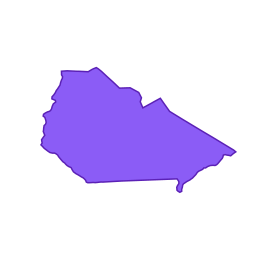 Ribeira do Amparo, Bahia, Brazil (Robinson projection), rotated 63°
{"feature_id": "56859067B91652113509777", "entity_name": "Ribeira do Amparo", "entity_type": "district", "adm_level": 2, "iso_a3": "BRA", "parent_name": "Brazil", "parent_adm1": "Bahia", "projection": "robinson", "projection_center": [-38.374, -10.959], "detail": "fine", "context": "isolated", "style": "filled", "palette": "violet", "viewbox_px": 256, "rotation_deg": 63, "n_neighbors": 0, "source": "geoboundaries", "source_scale": "gbopen_adm2", "svg_char_len": 1969}
<svg xmlns="http://www.w3.org/2000/svg" viewBox="0 0 256 256"><g transform="rotate(63 128 128)"><path d="M198.2,42.8L195.6,43.9L174.0,57.3L172.3,58.4L169.3,60.3L166.8,61.9L145.5,75.2L132.1,83.4L122.0,84.9L116.2,85.7L116.4,93.3L116.5,94.9L116.8,105.6L110.2,105.2L107.2,102.3L101.2,102.3L93.2,107.8L91.8,110.7L88.6,117.5L80.1,120.5L72.8,123.3L65.6,125.9L64.0,126.6L61.6,127.7L59.8,128.8L59.5,132.0L59.5,133.9L59.8,137.9L55.0,146.3L54.3,147.7L49.4,156.3L47.2,161.5L49.1,162.4L50.5,163.1L52.5,163.0L54.0,164.0L54.9,165.3L56.7,167.2L59.0,169.2L60.0,171.0L61.3,173.2L62.0,174.8L63.5,176.7L64.8,179.1L65.7,181.5L67.5,182.6L70.4,180.2L72.0,180.6L72.6,183.6L74.3,185.7L76.3,187.5L77.1,188.8L77.5,190.3L77.1,192.4L77.1,194.9L77.4,197.0L78.9,198.2L80.7,197.3L82.3,197.5L84.0,197.8L85.9,198.4L87.3,199.9L87.7,201.6L89.7,203.1L91.5,204.2L92.7,205.1L94.1,205.2L96.7,205.5L97.9,207.9L99.2,210.3L100.6,210.8L102.4,211.3L103.5,213.2L105.7,212.5L107.7,212.0L109.1,211.4L110.5,210.7L112.2,209.9L114.4,208.7L116.0,206.8L117.1,204.7L118.6,203.7L120.3,202.9L121.9,202.9L124.1,202.4L126.3,201.9L128.6,201.3L130.4,200.3L132.1,199.9L133.8,199.3L135.5,198.3L137.4,196.7L139.9,196.7L142.3,196.5L145.1,195.1L146.8,193.9L148.4,192.9L150.3,191.8L152.0,190.6L153.5,190.0L155.3,189.5L157.3,189.7L158.5,188.7L159.6,186.4L160.7,183.8L161.8,182.0L162.7,179.7L163.3,178.0L163.9,176.5L164.7,175.1L172.3,157.8L195.6,107.4L197.6,107.1L199.0,107.1L200.7,108.0L201.7,109.9L203.0,111.5L204.3,112.0L205.7,112.6L207.1,112.1L208.8,111.0L208.8,108.9L207.0,108.0L205.5,106.5L203.6,105.1L202.9,103.9L202.7,102.0L202.4,99.8L202.4,98.2L202.4,96.5L202.1,94.9L201.9,93.3L201.2,91.3L200.3,88.7L199.0,86.4L198.6,84.6L198.7,82.4L198.7,80.2L198.0,78.6L198.8,77.0L198.5,74.4L198.8,71.7L199.8,69.2L200.9,67.5L201.0,65.9L200.6,64.4L199.7,62.2L198.7,59.9L197.9,57.9L197.0,56.7L195.4,55.3L195.9,53.4L197.0,52.2L197.9,50.9L199.4,49.1L198.7,46.2L198.4,44.4L198.2,42.8Z" fill="#8b5cf6" stroke="#5b21b6" stroke-width="1.5"/></g></svg>